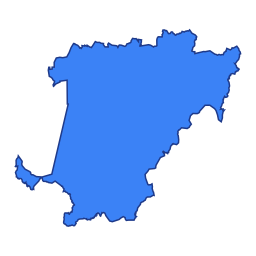 outline of Arandas, Jalisco, Mexico
{"feature_id": "50627088B62957650950334", "entity_name": "Arandas", "entity_type": "district", "adm_level": 2, "iso_a3": "MEX", "parent_name": "Mexico", "parent_adm1": "Jalisco", "projection": "equal_earth", "projection_center": [-102.317, 20.749], "detail": "fine", "context": "isolated", "style": "filled", "palette": "blue", "viewbox_px": 256, "rotation_deg": 0, "n_neighbors": 0, "source": "geoboundaries", "source_scale": "gbopen_adm2", "svg_char_len": 5698}
<svg xmlns="http://www.w3.org/2000/svg" viewBox="0 0 256 256"><path d="M239.1,69.2L238.7,68.7L238.1,69.0L237.8,68.3L237.3,68.1L237.4,67.8L236.7,67.4L236.2,65.6L234.9,63.7L235.2,63.8L237.3,60.8L238.6,59.5L239.5,56.4L239.5,54.3L240.6,53.8L240.2,52.0L239.1,50.5L238.7,48.8L236.8,46.2L233.3,48.1L232.1,47.8L231.6,49.0L230.3,49.9L226.8,48.4L226.2,50.4L225.7,51.1L225.9,51.3L224.1,52.4L223.3,54.7L222.0,54.5L220.9,55.0L219.0,54.4L217.5,55.2L216.1,54.4L214.9,54.2L209.9,50.8L205.0,51.7L203.8,51.5L194.9,53.6L194.8,51.7L193.6,51.7L191.9,51.1L191.9,50.5L192.5,49.3L192.8,47.5L194.6,45.7L194.8,43.3L194.5,42.5L194.5,41.2L195.2,39.8L195.7,39.9L196.3,39.2L196.1,37.7L196.5,37.5L196.7,36.7L195.3,35.0L191.9,33.2L189.6,29.9L188.6,31.0L187.1,30.8L186.6,31.2L185.5,31.2L184.3,32.0L182.1,31.4L181.6,32.4L180.4,33.4L179.4,33.2L178.8,34.0L177.0,34.0L175.7,35.2L175.1,35.0L174.3,33.9L173.2,33.6L172.8,32.4L172.1,31.9L171.2,32.0L170.1,33.5L168.5,33.6L166.6,30.6L165.7,30.8L164.8,30.0L163.0,30.0L162.5,31.4L163.2,32.2L162.6,34.1L162.0,34.8L162.3,35.7L162.1,36.9L158.2,36.8L157.2,38.2L156.8,40.0L156.9,45.7L156.1,46.2L154.3,46.3L153.6,47.0L150.6,45.2L148.6,44.7L140.0,46.1L140.0,45.0L141.1,44.5L140.9,43.3L141.4,41.9L141.3,40.9L141.5,39.9L138.3,39.4L138.5,41.7L136.1,38.6L135.1,38.8L132.6,38.4L131.2,40.7L131.0,42.0L130.4,42.7L129.0,43.1L128.9,43.5L127.0,43.8L126.0,45.7L124.9,46.4L121.4,45.2L119.6,45.0L119.0,45.3L117.9,47.4L117.3,46.2L116.3,45.7L112.0,45.2L108.6,43.1L107.8,44.3L108.2,46.9L105.0,46.9L104.5,46.2L103.4,44.8L103.5,43.5L100.8,43.2L99.7,42.4L97.0,42.4L95.3,41.6L92.0,46.8L91.5,47.0L91.4,47.5L89.9,47.1L87.2,45.3L87.1,46.3L84.7,45.3L84.6,46.0L82.0,45.6L82.2,47.0L81.2,48.4L80.4,47.7L79.7,48.0L79.1,46.8L77.7,45.3L75.5,44.4L75.2,44.5L74.8,43.7L73.6,43.5L71.1,47.6L69.1,52.7L66.8,56.9L62.8,57.7L59.8,57.3L56.3,58.0L54.2,62.3L54.2,67.1L52.1,67.2L52.2,69.0L49.7,69.4L49.7,67.3L48.8,67.3L48.3,70.2L49.3,76.4L50.8,77.1L52.4,78.5L52.9,79.8L54.6,81.2L54.0,83.4L53.7,83.7L53.8,84.2L53.2,84.6L53.3,85.9L53.6,86.3L55.7,84.0L60.0,82.0L59.9,81.2L67.1,80.2L67.3,104.0L68.2,104.1L51.8,174.2L42.1,177.0L36.3,176.6L33.0,174.8L31.4,174.7L30.6,173.4L30.6,172.5L29.9,171.7L25.1,169.2L22.1,165.6L21.7,163.9L22.1,162.2L22.1,161.2L18.3,155.9L18.0,157.5L16.6,159.1L16.1,160.4L16.2,165.1L15.4,166.5L15.9,166.7L17.7,166.1L17.2,169.9L16.4,170.6L15.5,172.5L16.5,175.7L16.3,176.8L17.0,177.1L17.9,178.5L18.7,178.8L18.8,178.5L19.4,178.9L19.9,178.5L21.1,178.6L22.0,179.7L22.3,181.5L23.3,182.7L23.8,182.5L24.4,183.3L25.5,182.5L25.3,183.2L26.1,183.7L26.5,183.5L26.7,184.8L27.4,185.2L26.9,186.0L27.7,186.6L28.7,185.8L29.2,186.0L30.1,187.1L30.8,189.4L32.1,189.8L32.7,189.1L33.7,189.4L33.5,187.3L34.1,186.0L38.9,180.9L39.2,180.0L39.8,179.4L39.9,178.6L40.7,178.2L40.7,177.7L42.1,177.9L42.8,180.6L43.5,181.3L46.4,181.5L46.6,181.9L47.8,182.0L48.3,182.5L52.0,183.1L55.1,181.1L61.4,185.8L61.6,186.3L62.5,186.3L63.0,187.8L64.1,189.0L63.3,191.6L65.2,191.2L65.6,192.0L67.1,192.5L68.5,194.1L69.1,193.7L69.9,193.9L69.9,194.5L70.3,194.7L70.0,195.6L70.7,197.6L70.6,198.7L72.2,200.9L71.8,201.6L72.4,202.7L73.0,202.6L73.3,203.6L74.4,204.7L74.4,205.0L73.1,205.8L72.9,206.9L72.1,207.9L72.5,209.2L72.0,211.9L71.3,211.7L71.1,212.4L70.2,212.5L69.4,214.2L68.9,214.0L68.2,212.7L67.1,213.3L66.1,212.9L64.8,213.1L64.5,213.7L64.3,214.6L64.4,216.2L63.9,217.3L64.2,219.1L63.6,222.2L63.8,223.2L64.5,224.0L65.2,224.0L67.0,225.9L68.9,226.1L69.8,225.5L70.4,225.7L72.1,225.0L73.6,225.7L74.6,225.6L76.1,223.4L75.6,222.7L75.7,222.1L77.5,220.9L78.1,219.6L79.7,219.0L83.2,218.8L83.8,218.3L85.9,218.9L86.6,218.7L86.6,219.4L87.3,219.9L88.5,219.5L89.9,219.4L90.2,219.9L90.8,219.7L91.0,218.3L92.4,218.4L92.6,218.0L93.2,218.2L93.5,217.4L94.2,217.6L95.2,215.6L95.9,216.0L96.0,214.7L96.7,215.0L96.7,213.7L97.3,213.7L98.0,212.9L99.1,213.6L100.2,215.9L100.6,216.1L102.0,212.6L102.6,213.0L103.7,212.5L104.9,213.2L105.9,215.7L109.7,221.0L112.3,221.7L119.1,219.5L120.7,218.1L123.2,216.6L125.1,217.6L125.1,218.2L125.5,219.4L126.3,220.4L128.6,220.1L134.1,220.1L134.9,218.3L135.6,217.7L135.4,217.1L136.3,216.6L135.6,216.2L135.6,215.1L135.0,215.1L134.8,214.1L135.4,213.9L135.4,212.9L136.0,212.9L136.0,211.6L137.1,210.7L137.7,207.8L140.4,204.4L140.6,203.0L141.6,202.2L143.4,201.5L144.4,200.5L145.2,200.2L146.1,198.0L147.3,197.0L150.4,196.9L153.3,195.2L154.1,195.4L153.5,192.1L153.1,191.8L152.2,188.5L152.4,186.7L152.0,183.9L150.7,184.7L148.8,184.9L147.9,184.5L145.6,178.2L145.1,174.4L147.7,171.4L149.1,169.1L154.6,168.5L155.7,167.9L155.8,166.2L156.2,164.9L160.4,157.5L164.5,155.7L164.3,154.1L162.9,152.1L163.0,151.5L163.4,151.3L164.2,151.9L164.1,152.9L165.2,152.5L166.1,153.0L166.3,152.6L167.2,152.8L167.7,153.4L168.1,152.2L168.6,152.3L168.8,150.9L170.0,149.3L170.7,146.2L172.1,144.6L172.7,144.4L172.6,143.9L173.0,143.7L173.1,144.0L173.3,143.8L176.6,144.6L178.5,142.8L178.7,139.7L178.2,135.5L177.7,134.6L177.6,133.9L178.1,132.9L177.8,131.6L178.7,130.0L179.3,130.0L181.5,127.8L187.2,128.5L189.3,127.2L189.7,126.2L191.3,124.2L189.1,120.4L190.5,115.7L192.9,113.5L197.3,113.6L198.9,112.8L199.4,112.3L199.6,111.3L205.0,105.3L209.8,105.2L214.6,108.6L216.0,110.5L217.5,114.8L218.5,119.7L221.2,121.8L222.4,118.0L222.4,114.8L223.1,111.8L224.3,110.1L222.9,110.3L223.1,109.0L222.4,109.1L222.0,109.7L222.1,109.1L220.6,109.3L221.2,108.5L220.6,107.6L221.6,105.9L222.3,103.4L223.4,102.7L223.0,101.0L223.4,99.7L223.1,99.5L224.6,96.4L225.4,97.3L226.7,97.1L227.6,96.5L227.8,95.6L227.2,94.6L227.2,93.7L228.4,92.7L229.2,90.1L228.8,87.8L229.4,86.8L229.5,85.5L229.0,82.3L227.9,80.3L227.8,79.6L228.6,78.3L229.0,78.9L229.4,78.4L229.2,76.3L229.8,75.5L230.3,75.7L230.7,75.2L230.6,74.3L232.4,73.5L234.8,74.1L235.4,71.9L236.1,71.8L236.4,71.1L237.8,71.0L239.1,69.2Z" fill="#3b82f6" stroke="#1e3a8a" stroke-width="1.5"/></svg>